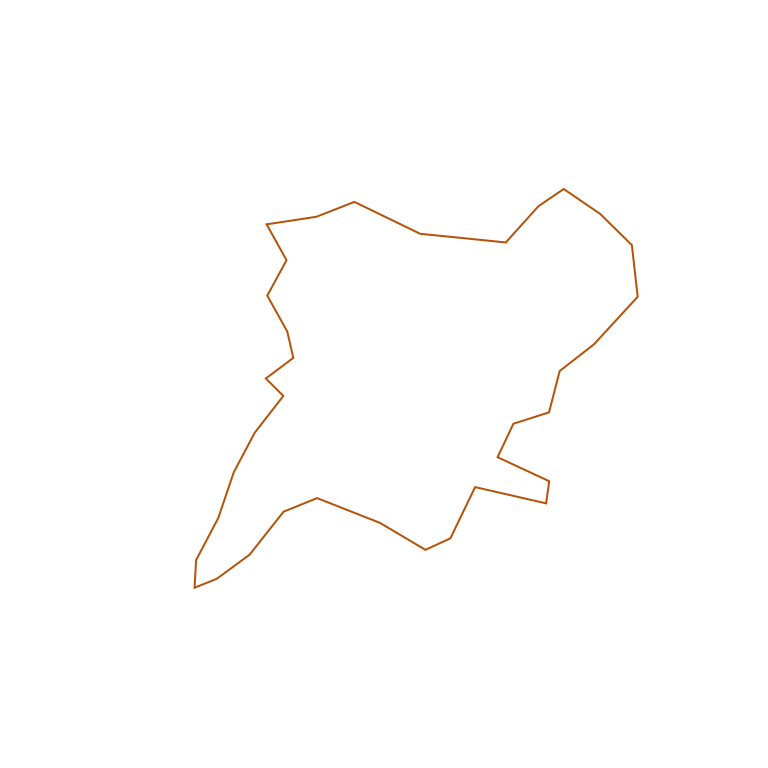 an SVG outline of Dushanbe, rotated 228°
{"feature_id": "TJK-5491", "entity_name": "Dushanbe", "entity_type": "Independent City", "adm_level": 1, "iso_a3": "TJK", "parent_name": "Tajikistan", "parent_adm1": "", "projection": "orthographic", "projection_center": [68.769, 38.564], "detail": "fine", "context": "isolated", "style": "outline", "palette": "amber", "viewbox_px": 768, "rotation_deg": 228, "n_neighbors": 0, "source": "natural_earth", "source_scale": "10m", "svg_char_len": 610}
<svg xmlns="http://www.w3.org/2000/svg" viewBox="0 0 768 768"><g transform="rotate(228 384 384)"><path d="M359.4,106.9L378.9,126.6L395.3,171.2L418.9,213.2L434.3,255.3L442.5,301.2L467.2,299.9L464.1,334.1L487.7,347.2L527.8,356.4L541.2,394.4L581.2,403.6L553.5,445.7L539.2,483.8L471.4,511.4L407.7,569.2L412.8,617.8L408.7,648.0L365.5,658.5L321.3,661.1L279.1,630.9L273.0,566.6L276.1,523.2L252.5,487.7L267.9,453.6L253.6,419.4L201.2,441.7L186.8,424.6L246.4,382.7L224.9,330.1L233.1,303.8L283.4,288.1L344.0,257.9L356.3,223.8L347.1,169.9L351.2,129.2L359.4,106.9Z" fill="none" stroke="#b45309" stroke-width="2"/></g></svg>